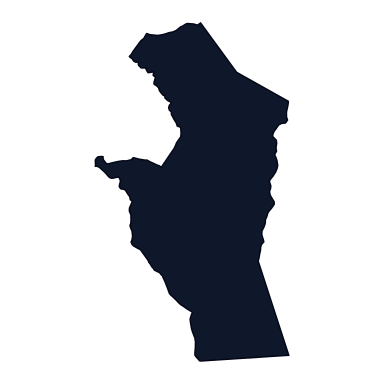 outline of Morne Ciseaux, Anse-la-Raye, Saint Lucia
{"feature_id": "8701671B86288644178895", "entity_name": "Morne Ciseaux", "entity_type": "district", "adm_level": 2, "iso_a3": "LCA", "parent_name": "Saint Lucia", "parent_adm1": "Anse-la-Raye", "projection": "orthographic", "projection_center": [-61.005, 13.936], "detail": "fine", "context": "isolated", "style": "filled", "palette": "ink", "viewbox_px": 384, "rotation_deg": 0, "n_neighbors": 0, "source": "geoboundaries", "source_scale": "gbopen_adm2", "svg_char_len": 4776}
<svg xmlns="http://www.w3.org/2000/svg" viewBox="0 0 384 384"><path d="M200.6,23.0L198.0,24.8L197.5,25.1L193.6,24.0L189.9,23.7L187.5,23.5L186.1,23.9L182.2,26.3L180.6,26.9L179.0,28.2L176.5,30.3L175.1,31.0L173.0,31.9L171.1,32.3L169.3,32.6L165.7,33.8L162.9,34.6L158.1,35.4L156.9,35.4L155.1,35.2L153.2,35.0L151.5,34.9L150.1,34.7L148.7,34.3L147.3,33.7L146.7,33.6L146.2,34.3L145.0,36.3L144.2,37.7L143.8,38.5L141.1,40.5L139.1,43.1L135.8,47.6L132.9,51.6L131.2,54.6L130.7,55.0L130.3,55.4L129.4,56.4L129.5,56.7L130.5,57.5L132.5,59.1L132.9,59.8L133.1,60.2L133.7,61.1L134.7,61.7L135.4,62.0L136.1,62.3L137.3,61.9L137.6,61.8L137.8,61.8L138.1,61.7L138.3,62.3L138.3,62.7L138.3,63.2L138.3,64.2L138.7,65.5L139.1,65.9L140.2,66.9L140.8,67.7L141.8,67.9L143.5,68.0L144.5,67.8L145.1,67.8L146.0,69.0L146.4,69.8L146.5,69.9L147.2,71.4L147.7,72.1L148.1,72.6L148.8,72.7L149.8,72.5L150.6,72.3L152.2,72.1L153.7,71.9L153.7,72.6L153.3,74.4L153.2,75.3L153.8,76.0L154.2,76.2L154.5,76.3L154.9,76.6L155.1,76.7L155.4,77.2L155.2,78.2L154.7,80.1L154.1,82.0L154.0,83.3L154.0,84.0L154.7,84.6L155.9,85.3L156.8,86.0L157.6,86.8L158.1,87.2L158.4,87.5L158.7,87.8L158.9,88.8L159.2,90.0L160.1,91.6L161.6,93.5L161.9,93.8L163.2,95.3L164.7,95.8L164.9,96.6L165.0,98.0L166.1,99.0L167.6,100.5L169.8,101.6L171.3,102.8L170.8,103.7L169.4,105.2L168.7,107.4L169.0,109.2L169.5,110.3L171.1,111.7L171.4,112.7L171.4,114.6L171.8,115.2L172.7,116.8L173.8,119.0L176.3,123.0L177.3,126.1L179.0,126.7L180.2,127.1L180.7,127.3L181.1,133.7L180.7,136.9L176.6,142.7L175.3,146.0L173.8,149.0L171.6,152.1L161.3,167.3L159.0,165.6L157.1,165.1L153.9,163.5L150.2,161.9L148.3,160.8L146.7,160.0L145.7,160.2L143.0,159.8L138.9,159.1L136.2,158.4L134.4,157.9L133.0,157.8L132.3,158.7L130.9,159.9L129.1,160.2L127.8,160.6L126.3,160.9L125.3,160.9L122.7,160.8L118.6,161.4L116.1,161.9L110.2,163.3L109.9,163.4L108.3,163.9L106.8,163.8L106.0,163.1L104.6,161.4L103.2,159.4L103.1,158.7L103.0,156.7L101.3,156.5L99.0,156.7L97.6,157.0L96.0,158.9L95.5,159.7L95.3,160.1L95.3,160.5L95.4,162.3L95.5,164.4L95.4,165.8L95.3,166.2L95.5,166.3L96.5,166.1L99.4,167.3L100.8,168.6L104.0,171.5L105.8,173.3L107.0,174.8L108.1,176.1L109.7,177.6L111.3,178.2L112.6,178.2L114.3,177.9L116.4,177.4L117.8,177.0L119.3,177.8L120.0,179.4L120.5,181.4L119.7,183.9L119.4,185.5L119.3,186.6L119.7,187.3L120.3,188.2L121.0,188.9L122.4,189.0L124.8,189.7L125.8,190.8L127.8,194.0L129.1,195.8L129.9,197.0L130.0,198.2L130.3,199.6L130.8,200.1L132.0,201.1L132.2,201.5L132.1,202.0L130.6,205.4L129.6,207.7L129.3,209.7L129.5,211.6L130.3,213.3L130.9,215.0L131.0,216.9L130.9,218.0L131.1,219.4L130.9,221.5L130.9,222.7L130.6,224.0L130.2,225.0L130.0,225.9L130.9,228.5L131.9,230.7L132.2,232.4L132.6,236.2L132.1,239.4L131.4,241.3L131.1,242.0L131.9,244.0L132.4,244.8L133.3,245.7L134.8,246.6L137.9,248.4L139.9,249.3L140.7,250.0L144.2,254.9L146.1,257.6L146.6,258.2L147.0,258.8L148.2,260.6L148.5,261.2L148.7,262.1L150.3,264.1L151.1,265.5L151.6,266.3L152.2,267.2L152.7,267.6L153.9,269.2L154.5,270.2L156.3,271.0L156.8,271.4L158.8,272.2L159.9,273.0L161.2,274.7L162.4,275.7L162.9,277.2L164.0,279.5L164.9,281.5L165.7,283.3L166.4,285.4L167.3,287.5L168.5,290.9L169.2,292.7L169.3,293.1L169.4,293.4L170.8,295.1L172.0,296.1L173.7,297.7L176.3,300.2L177.7,301.7L178.4,302.6L179.3,303.3L180.0,304.0L180.7,304.6L182.7,305.9L184.4,307.0L185.6,307.9L188.0,309.5L190.0,310.7L192.0,311.9L192.5,312.4L191.4,314.6L191.1,316.0L190.5,317.6L190.1,319.4L190.5,322.4L191.3,327.3L191.8,329.6L192.9,332.8L194.0,335.8L194.9,337.9L195.5,342.2L195.4,344.9L195.4,346.4L195.3,348.6L195.1,350.7L194.9,353.0L195.0,355.3L196.2,357.0L198.8,359.8L199.2,360.4L199.4,360.7L201.2,361.0L208.3,360.5L286.6,355.4L288.7,355.3L288.5,354.4L270.2,298.2L258.5,262.1L258.1,261.1L258.6,259.8L259.2,256.7L259.7,253.7L260.2,251.6L260.5,250.0L260.7,246.8L261.7,244.2L263.8,241.9L263.3,239.6L261.8,235.0L261.9,231.1L263.9,227.1L265.1,223.8L265.4,221.2L265.4,219.6L266.6,217.2L267.9,212.8L269.0,211.2L271.6,208.1L273.0,206.1L274.3,204.0L274.2,203.1L274.1,201.7L272.6,199.3L270.7,196.1L269.9,194.2L269.6,191.6L269.6,190.8L270.5,188.8L270.7,187.1L270.8,185.7L269.9,183.3L269.4,181.0L270.6,179.0L271.6,177.8L273.2,175.9L274.3,174.0L275.5,172.3L277.0,168.6L277.4,166.9L277.7,165.0L277.3,163.1L276.9,160.3L275.8,157.2L275.0,155.5L274.7,154.9L274.9,154.2L275.2,153.4L275.6,152.8L276.3,151.7L276.5,151.0L276.4,150.3L276.2,149.5L276.1,148.5L276.0,148.0L276.4,144.9L276.7,143.2L276.4,141.5L276.4,140.3L274.9,138.8L273.5,137.3L272.6,136.5L272.8,134.5L274.0,131.4L276.2,128.5L277.7,126.3L279.0,124.6L280.5,124.0L282.0,123.3L284.1,123.1L284.9,123.0L285.4,123.0L286.3,122.0L287.0,120.7L287.5,120.1L287.4,119.6L286.9,118.1L286.5,117.2L286.5,114.2L286.4,113.2L286.6,111.3L287.2,108.6L287.6,106.8L288.2,103.5L288.3,101.3L236.6,72.3L200.6,23.0Z" fill="#0f172a" stroke="#020617" stroke-width="1.5"/></svg>